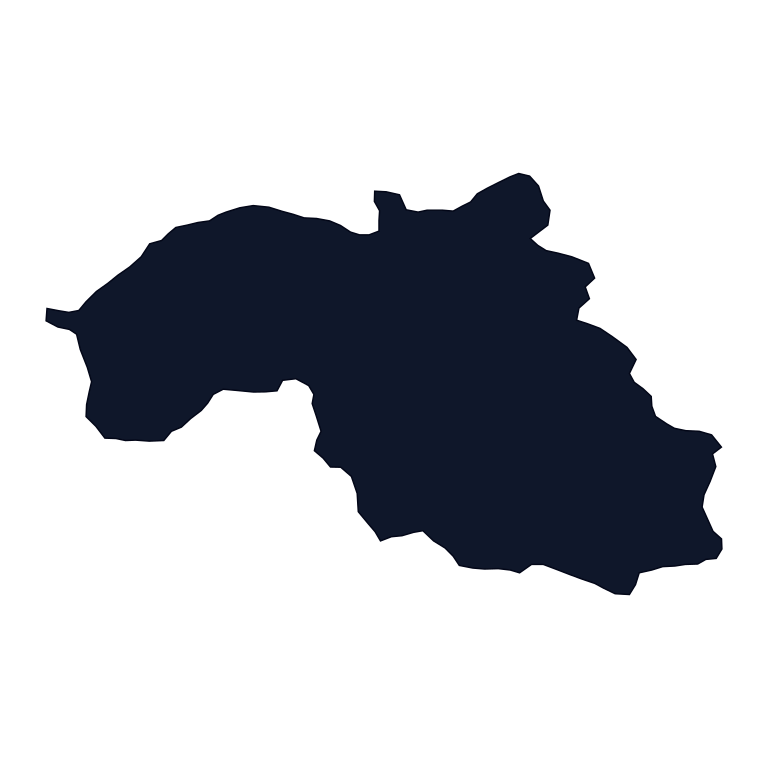 the district of Olaria, Minas Gerais, Brazil
{"feature_id": "56859067B66778416420172", "entity_name": "Olaria", "entity_type": "district", "adm_level": 2, "iso_a3": "BRA", "parent_name": "Brazil", "parent_adm1": "Minas Gerais", "projection": "mercator", "projection_center": [-43.97, -21.909], "detail": "fine", "context": "isolated", "style": "filled", "palette": "ink", "viewbox_px": 768, "rotation_deg": 0, "n_neighbors": 0, "source": "geoboundaries", "source_scale": "gbopen_adm2", "svg_char_len": 2167}
<svg xmlns="http://www.w3.org/2000/svg" viewBox="0 0 768 768"><path d="M380.5,540.9L391.4,536.7L402.0,535.7L413.6,532.3L422.9,530.7L433.6,540.9L445.1,548.0L453.2,556.2L459.3,565.4L472.6,568.0L484.5,569.0L498.2,568.6L510.2,570.0L519.6,572.8L531.5,564.4L543.3,564.4L558.1,570.0L570.5,574.8L582.4,579.2L594.8,583.4L603.7,588.2L615.1,593.7L629.4,594.5L635.5,584.6L639.2,572.8L651.8,570.0L662.7,566.6L674.9,566.0L685.3,564.4L697.7,564.0L705.8,559.4L716.2,558.4L721.9,549.0L721.5,538.9L713.0,531.3L706.7,517.3L702.1,507.1L704.0,494.8L710.1,481.4L715.8,466.6L712.5,453.9L721.4,447.1L711.6,434.9L699.2,431.3L685.8,430.7L674.4,428.3L666.4,423.7L655.5,416.4L651.8,406.2L651.2,396.4L643.1,388.8L634.2,382.3L629.4,373.5L636.1,359.5L627.0,347.4L612.2,336.6L600.0,328.4L587.6,323.8L576.6,320.2L578.9,308.1L589.4,298.7L585.2,286.9L594.6,278.1L588.5,263.4L571.8,256.8L558.1,253.2L546.1,250.6L537.8,245.4L530.2,238.5L537.8,232.7L547.8,225.1L550.0,210.2L543.3,201.0L538.5,186.0L529.6,176.1L518.7,173.5L510.0,176.9L498.4,182.6L487.3,188.2L477.3,193.8L470.6,202.0L462.1,206.2L453.2,211.1L442.3,210.2L427.1,210.2L418.1,212.1L406.2,209.8L399.5,194.8L386.2,191.8L374.7,191.2L374.4,201.4L379.6,210.7L379.0,220.5L379.0,231.1L369.0,234.9L359.6,234.9L350.5,232.1L340.5,225.5L329.6,220.9L316.5,218.5L304.1,217.9L293.1,214.3L282.0,211.3L268.9,207.2L253.2,205.6L239.8,207.8L226.1,212.1L218.0,215.3L209.5,220.9L198.0,222.5L187.3,225.1L175.8,227.5L168.2,233.9L161.6,240.5L149.7,243.8L141.2,256.8L129.7,267.0L117.9,275.2L107.9,283.3L96.4,291.5L86.1,301.7L78.8,310.5L68.8,312.4L58.5,310.7L47.0,308.5L46.1,320.8L57.9,327.0L69.4,329.4L76.6,334.2L80.3,349.5L87.3,367.3L91.6,381.7L89.2,392.0L86.6,404.6L86.1,416.6L95.9,426.3L104.9,438.1L116.0,438.5L125.5,440.5L135.5,440.1L149.2,441.1L163.8,440.5L171.4,431.3L181.4,427.1L190.6,418.6L201.3,410.4L207.6,403.2L213.2,394.4L223.2,389.2L236.7,390.4L253.5,392.0L265.6,391.8L277.0,390.8L282.6,380.3L295.9,378.7L308.7,385.6L313.9,394.4L312.2,403.6L316.3,416.0L321.1,431.3L316.8,440.1L314.4,450.7L323.1,458.1L330.5,467.0L340.7,467.2L351.4,476.4L357.2,493.4L358.3,511.7L368.6,524.1L375.1,531.7L380.5,540.9Z" fill="#0f172a" stroke="#020617" stroke-width="1.5"/></svg>